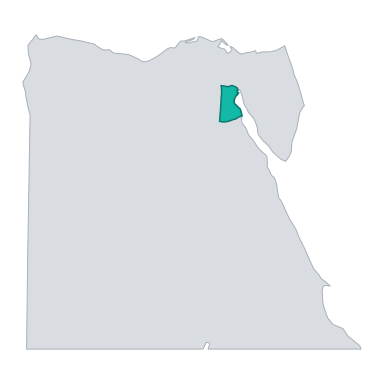 location of Ataqa, As Suways, Egypt
{"feature_id": "37247803B89602955599025", "entity_name": "Ataqa", "entity_type": "district", "adm_level": 2, "iso_a3": "EGY", "parent_name": "Egypt", "parent_adm1": "As Suways", "projection": "robinson", "projection_center": [32.387, 29.537], "detail": "fine", "context": "in_parent", "style": "filled", "palette": "teal", "viewbox_px": 384, "rotation_deg": 0, "n_neighbors": 0, "source": "geoboundaries", "source_scale": "gbopen_adm2", "svg_char_len": 5407}
<svg xmlns="http://www.w3.org/2000/svg" viewBox="0 0 384 384"><path d="M361.0,349.1L351.7,349.1L342.5,349.1L333.3,349.1L324.1,349.1L314.8,349.1L305.6,349.1L296.4,349.1L287.1,349.1L277.9,349.1L268.7,349.1L259.5,349.1L250.2,349.1L241.0,349.1L231.8,349.1L222.6,349.1L213.3,349.1L208.1,349.1L209.0,346.2L209.5,344.2L208.9,342.7L207.1,342.4L206.0,342.8L203.2,348.9L201.7,349.1L198.5,349.1L187.7,349.1L177.0,349.1L166.2,349.1L155.5,349.1L144.8,349.1L134.0,349.1L123.3,349.1L112.5,349.1L101.8,349.1L91.0,349.1L80.3,349.1L69.6,349.1L58.8,349.1L48.1,349.1L37.3,349.1L26.6,349.1L26.7,341.8L26.8,334.5L26.8,327.2L26.9,319.9L27.0,312.6L27.1,305.3L27.2,298.0L27.3,290.7L27.4,283.3L27.5,276.0L27.6,268.7L27.6,261.4L27.7,254.1L27.8,246.8L28.0,239.5L28.1,232.2L28.2,224.9L28.3,217.6L28.5,210.3L28.6,203.0L28.7,195.7L28.8,188.4L29.0,181.1L29.1,173.8L29.2,166.5L29.3,159.2L29.5,151.9L29.6,144.5L29.7,137.2L29.8,129.9L30.0,122.6L30.1,115.3L29.9,114.0L28.4,109.0L27.1,102.7L25.7,94.9L25.6,92.4L23.2,84.4L23.0,82.2L23.7,80.6L28.0,73.8L29.4,70.6L30.5,66.6L30.9,63.4L29.8,58.6L28.5,54.2L28.1,49.7L28.0,45.3L30.2,42.3L32.8,39.5L33.8,37.7L35.3,35.8L36.4,34.9L38.4,38.8L42.7,39.5L56.8,36.0L72.2,39.5L80.7,40.9L93.8,43.9L101.7,49.3L103.9,49.9L109.7,49.8L113.4,53.0L128.4,54.5L136.4,58.0L141.0,60.8L143.7,61.7L146.1,61.6L149.4,60.5L153.5,58.5L158.0,55.8L167.4,48.8L170.7,47.5L172.8,47.9L175.4,47.8L176.5,45.9L177.9,44.6L178.8,43.1L180.2,41.3L185.0,40.8L194.7,37.7L193.6,39.2L184.8,42.6L188.6,43.0L192.4,41.9L196.8,41.1L197.7,39.7L198.2,36.9L199.1,36.6L202.1,37.1L211.2,41.3L213.4,41.4L219.8,39.1L221.2,38.6L223.3,39.8L228.0,45.1L226.3,45.0L221.3,40.5L220.8,42.7L217.9,46.7L221.5,48.4L224.5,49.0L226.0,51.2L227.0,53.2L229.9,52.3L232.0,49.6L230.9,48.2L230.2,46.6L231.1,46.6L233.1,47.8L238.9,52.9L240.8,53.9L243.0,53.8L247.7,52.4L249.0,52.6L255.3,50.7L256.0,52.1L257.0,53.4L262.1,51.9L270.0,51.9L276.5,50.3L284.0,46.3L284.6,45.7L285.0,46.7L285.9,49.4L288.2,56.3L290.3,61.8L292.8,69.3L293.5,72.2L293.9,74.2L297.5,82.5L299.6,89.3L301.2,94.8L303.4,102.9L304.4,105.7L302.9,107.2L299.8,112.4L296.6,129.1L291.9,142.1L291.4,150.3L290.7,153.3L288.5,157.4L285.7,161.4L280.9,159.3L272.9,152.2L268.3,145.5L263.4,141.1L258.7,135.3L257.4,131.1L257.5,128.5L255.4,121.9L253.9,118.9L248.2,111.9L246.6,108.2L245.4,106.6L244.1,104.3L242.0,95.3L239.8,89.6L237.2,91.1L237.7,93.5L235.5,96.9L234.1,100.7L235.1,103.9L239.8,108.7L240.7,110.8L241.8,115.3L241.6,121.5L242.4,123.6L245.9,128.2L247.1,130.9L247.9,133.3L249.0,135.4L252.5,139.4L257.5,147.0L262.2,152.1L265.6,154.6L267.0,157.1L267.4,163.5L267.1,166.5L270.2,172.3L271.3,175.2L274.2,177.6L275.5,180.3L276.7,184.7L278.6,197.7L281.2,200.9L289.0,218.0L295.7,228.9L298.9,237.0L303.8,246.8L313.4,268.4L319.1,275.1L321.4,278.9L325.5,281.8L330.0,285.9L325.8,285.5L324.7,285.8L323.2,286.5L322.5,289.0L322.2,291.1L322.8,302.0L324.0,307.6L327.8,318.2L330.6,321.4L332.0,323.4L333.9,324.9L342.8,328.5L348.0,336.1L359.8,345.8L360.9,348.4L361.0,349.1Z" fill="#d9dde1" stroke="#a8b0b8" stroke-width="1"/><path d="M237.9,89.9L237.7,89.8L237.4,89.9L237.3,90.0L237.3,89.5L237.3,89.4L237.4,89.0L237.5,88.7L237.6,88.3L237.4,88.2L237.1,88.0L236.9,87.8L236.7,87.6L236.4,87.5L236.1,87.2L235.8,87.0L235.3,86.8L234.8,86.6L234.5,86.4L234.0,86.2L233.6,86.0L233.2,85.9L232.8,85.8L232.3,85.6L231.8,85.6L231.3,85.6L230.7,85.7L230.5,85.8L230.3,85.9L230.0,86.0L229.8,86.2L229.6,86.4L229.4,86.5L229.0,86.6L228.6,86.6L228.0,86.6L227.5,86.6L227.0,86.7L226.7,86.4L226.2,86.4L225.6,86.3L225.0,86.2L224.4,86.0L224.0,86.0L223.6,85.9L223.2,85.9L222.7,85.8L222.1,85.8L221.7,85.8L221.3,85.7L221.1,85.7L221.1,86.0L221.4,87.2L221.5,89.9L221.6,91.4L221.6,92.9L221.4,95.4L221.4,95.9L221.3,96.2L221.3,96.4L221.2,97.4L221.0,101.6L220.7,105.7L220.6,108.7L220.1,114.4L219.6,121.4L223.2,122.0L226.2,121.7L228.6,121.3L231.7,120.2L233.2,119.6L234.6,119.1L235.5,119.1L235.9,118.9L236.2,118.7L236.5,118.5L236.6,118.3L237.3,118.0L237.7,117.6L238.2,117.3L242.1,115.8L242.0,115.5L242.0,115.4L241.9,115.1L241.8,114.8L241.8,114.7L241.7,114.6L241.5,114.4L241.6,114.1L241.6,113.7L241.6,113.4L241.6,113.1L241.4,112.9L241.2,112.6L241.2,112.3L241.1,112.2L240.9,111.8L240.9,111.7L241.0,111.5L241.0,111.4L241.0,111.2L240.9,110.8L240.8,110.5L240.7,110.2L240.5,109.8L240.4,109.5L240.2,109.2L240.0,108.8L239.9,108.6L239.5,108.2L239.3,108.1L239.1,107.9L238.7,107.6L238.3,107.3L238.2,107.3L238.0,107.0L238.0,106.9L237.9,106.8L237.7,106.7L237.4,106.4L237.2,106.2L237.0,105.9L236.9,105.8L236.8,105.6L236.7,105.5L236.6,105.4L236.4,105.3L236.2,105.1L235.9,104.8L235.6,104.7L235.0,104.3L234.7,104.0L234.6,103.8L234.5,103.6L234.4,103.5L234.4,103.4L234.4,103.2L234.3,102.9L234.3,102.7L234.3,102.4L234.2,102.3L234.2,102.2L234.0,101.9L233.9,101.8L233.9,101.7L233.9,101.3L234.0,101.1L234.1,100.9L234.2,100.6L234.3,100.5L234.3,100.4L234.4,100.2L234.3,99.9L234.2,99.6L234.3,99.2L234.4,98.9L234.5,98.8L234.7,98.5L234.8,98.4L234.9,98.2L235.0,98.0L235.1,97.8L235.1,97.7L235.3,97.3L235.4,97.1L235.5,96.9L235.6,96.7L235.8,96.4L235.9,96.1L236.0,96.0L236.0,95.9L236.2,95.7L236.3,95.6L236.5,95.5L236.5,95.4L236.6,95.5L237.1,95.1L237.4,94.9L237.6,94.5L237.6,94.4L237.8,94.1L238.3,93.5L238.5,93.2L238.4,92.9L238.2,92.9L238.0,93.1L237.9,93.0L238.0,92.9L237.9,92.9L237.8,92.7L237.7,92.8L237.6,93.0L237.5,92.9L237.6,92.7L237.4,92.2L237.2,92.2L237.3,91.9L237.2,91.9L237.3,91.4L237.5,91.1L237.5,90.9L237.5,90.7L237.4,90.6L237.4,90.3L237.9,89.9Z" fill="#14b8a6" stroke="#0f766e" stroke-width="1.5"/></svg>